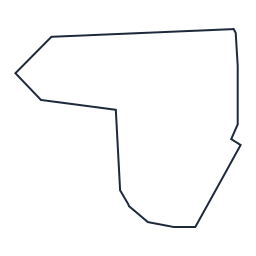 outline of Hillcrest Gardens, Castries, Saint Lucia
{"feature_id": "8701671B99228851829724", "entity_name": "Hillcrest Gardens", "entity_type": "district", "adm_level": 2, "iso_a3": "LCA", "parent_name": "Saint Lucia", "parent_adm1": "Castries", "projection": "robinson", "projection_center": [-60.971, 14.011], "detail": "fine", "context": "isolated", "style": "outline", "palette": "slate", "viewbox_px": 256, "rotation_deg": 0, "n_neighbors": 0, "source": "geoboundaries", "source_scale": "gbopen_adm2", "svg_char_len": 440}
<svg xmlns="http://www.w3.org/2000/svg" viewBox="0 0 256 256"><path d="M237.7,104.5L237.7,65.8L235.7,32.8L233.6,29.0L232.1,29.2L231.2,29.2L51.4,36.8L15.4,73.2L41.0,100.0L73.4,104.2L115.8,109.8L118.9,167.6L120.1,190.3L127.6,203.1L128.4,204.5L128.9,206.1L137.1,213.0L147.9,222.1L166.9,225.7L173.5,227.0L195.3,227.0L224.6,174.1L240.6,145.0L233.1,140.3L231.2,139.1L237.7,124.4L237.7,104.5Z" fill="none" stroke="#1e293b" stroke-width="2"/></svg>